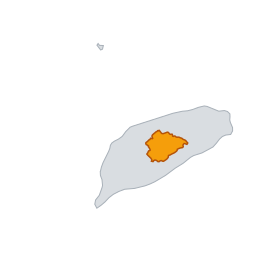 where Nantou sits in Taiwan, rotated 43°
{"feature_id": "TWN-1173", "entity_name": "Nantou", "entity_type": "County", "adm_level": 1, "iso_a3": "TWN", "parent_name": "Taiwan", "parent_adm1": "", "projection": "mercator", "projection_center": [120.982, 23.84], "detail": "fine", "context": "in_parent", "style": "filled", "palette": "amber", "viewbox_px": 256, "rotation_deg": 43, "n_neighbors": 0, "source": "natural_earth", "source_scale": "10m", "svg_char_len": 2380}
<svg xmlns="http://www.w3.org/2000/svg" viewBox="0 0 256 256"><g transform="rotate(43 128 128)"><path d="M167.3,175.1L164.6,180.6L162.5,186.5L161.6,192.0L161.6,197.7L161.0,202.8L159.9,207.9L155.7,206.4L153.4,202.8L152.9,196.8L149.8,189.6L148.7,187.5L144.2,183.5L140.2,181.5L137.1,178.5L137.5,178.7L135.2,174.7L133.4,170.4L129.8,158.3L128.6,155.3L126.9,152.6L126.4,150.0L127.0,147.0L128.6,142.6L129.5,138.1L128.8,132.1L129.0,126.0L130.2,123.4L150.8,86.6L156.3,78.7L159.8,74.8L162.6,70.5L165.4,64.9L168.7,59.9L171.1,58.3L182.9,53.8L186.6,49.5L189.5,48.1L192.9,48.2L195.0,50.3L196.9,52.7L199.0,54.1L204.2,56.4L206.5,58.8L207.5,62.7L204.3,66.5L202.8,69.9L202.5,73.7L203.0,78.8L203.1,83.9L199.1,95.8L194.9,103.2L193.7,106.9L192.4,116.1L189.9,125.3L187.8,136.9L184.3,148.9L182.3,153.9L179.9,158.7L174.0,167.7L167.3,175.1ZM53.7,84.5L55.6,87.7L54.8,89.6L48.8,88.6L48.5,86.6L50.8,87.0L53.7,84.5Z" fill="#d9dde1" stroke="#a8b0b8" stroke-width="1"/><path d="M178.9,97.8L179.7,98.0L181.9,98.2L182.2,99.2L182.2,99.8L181.3,100.2L180.2,100.6L179.6,101.1L179.7,102.7L180.1,103.3L181.0,103.8L181.3,104.6L181.2,105.2L179.9,106.9L179.0,108.7L178.6,110.0L179.0,110.5L179.3,111.3L179.2,112.5L178.9,114.2L178.4,115.6L177.8,117.0L177.4,118.2L177.3,118.8L176.4,120.4L176.7,121.1L177.3,121.7L177.5,122.6L177.6,123.8L177.4,125.2L176.9,127.3L176.6,128.2L175.9,128.7L174.6,129.1L173.9,130.0L173.7,131.4L172.8,132.2L171.6,132.2L170.4,132.5L169.5,133.1L169.3,133.8L169.0,134.3L169.3,135.3L168.8,135.8L167.8,136.3L167.7,136.0L167.0,135.0L166.0,134.7L165.3,134.5L165.1,134.5L160.9,134.4L159.6,134.2L159.4,133.6L159.4,132.6L158.9,131.5L158.7,130.7L159.2,129.9L159.3,129.0L158.4,128.5L157.7,128.3L156.6,127.9L155.6,127.8L155.2,127.2L153.8,127.3L152.7,127.7L151.7,127.3L151.1,126.5L151.2,125.5L151.5,124.7L151.4,123.4L151.5,122.2L151.9,121.4L151.5,120.2L151.9,120.0L152.4,119.6L153.0,119.3L153.1,118.7L152.2,118.3L151.6,118.0L151.0,117.5L150.6,116.4L150.8,114.2L151.0,113.1L151.0,112.2L151.3,111.3L151.6,110.5L151.5,109.8L151.7,109.4L152.4,109.1L152.4,108.5L153.1,108.5L156.1,109.0L156.8,108.8L157.6,108.1L158.9,105.7L159.5,104.3L160.6,103.7L162.2,104.0L163.2,103.9L164.2,102.7L164.7,102.4L166.2,103.5L166.8,103.3L167.2,102.4L168.0,101.8L169.1,101.8L169.9,101.5L171.2,100.2L172.1,99.7L172.8,99.6L174.3,98.8L175.3,98.8L176.3,98.6L178.2,97.9L178.9,97.8Z" fill="#f59e0b" stroke="#b45309" stroke-width="1.5"/></g></svg>